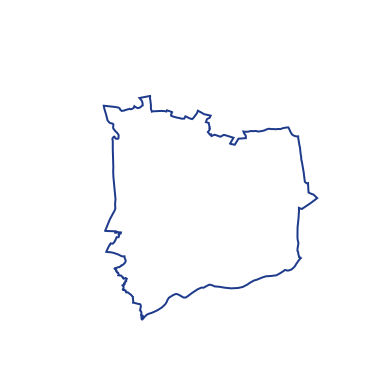 Scheia, Suceava, Romania, rotated 142°
{"feature_id": "2599482B75590370819130", "entity_name": "Scheia", "entity_type": "district", "adm_level": 2, "iso_a3": "ROU", "parent_name": "Romania", "parent_adm1": "Suceava", "projection": "robinson", "projection_center": [26.193, 47.643], "detail": "fine", "context": "isolated", "style": "outline", "palette": "blue", "viewbox_px": 384, "rotation_deg": 142, "n_neighbors": 0, "source": "geoboundaries", "source_scale": "gbopen_adm2", "svg_char_len": 5974}
<svg xmlns="http://www.w3.org/2000/svg" viewBox="0 0 384 384"><g transform="rotate(142 192 192)"><path d="M262.5,226.3L263.4,225.6L264.7,224.9L268.2,223.4L273.6,221.0L276.8,219.2L284.3,214.9L284.1,214.6L283.5,214.0L276.4,208.1L277.6,207.2L277.2,206.7L277.0,206.8L276.8,206.8L276.0,207.2L275.7,206.8L276.0,206.6L275.8,206.5L274.8,205.4L274.6,205.5L273.9,204.8L272.9,203.9L273.7,203.2L274.3,203.7L274.2,203.8L274.8,204.5L275.0,204.5L275.2,204.4L275.8,203.9L275.3,203.4L276.1,202.7L277.7,201.6L279.2,202.8L283.0,200.7L283.4,200.8L284.2,200.3L285.6,200.1L286.2,200.1L286.5,200.2L287.8,201.6L289.3,200.8L289.5,201.0L291.2,200.3L295.0,198.4L296.4,197.6L295.6,196.7L293.9,195.3L292.5,193.8L291.5,192.6L288.7,188.4L287.4,185.6L286.6,184.3L285.9,183.6L284.8,182.9L285.9,180.9L286.1,179.8L286.4,179.1L286.7,178.4L287.5,177.9L288.6,177.5L290.5,177.2L291.7,177.3L292.6,177.3L292.7,177.6L293.8,177.5L295.4,177.5L296.1,178.0L296.9,178.3L297.4,178.5L298.0,178.5L298.4,178.8L299.0,178.7L299.4,179.3L299.7,179.4L300.2,179.3L300.2,179.1L300.1,178.3L300.0,177.8L299.8,177.5L299.8,177.2L300.1,176.8L300.2,176.7L299.9,176.5L300.0,176.2L300.6,175.1L300.1,174.5L300.0,174.0L300.3,173.9L300.4,173.4L300.3,172.9L300.5,171.9L300.7,171.7L300.9,171.7L301.1,171.8L301.3,171.7L301.2,171.6L300.8,171.3L300.3,170.6L299.7,170.2L299.2,169.6L299.3,169.1L299.2,167.9L298.9,167.2L299.1,166.7L299.4,166.5L299.3,165.8L299.2,165.7L297.3,165.1L296.9,164.4L296.9,164.2L297.1,163.9L297.0,163.7L297.4,163.6L298.0,163.2L298.7,162.3L298.9,162.4L298.9,162.7L299.4,162.8L299.6,162.7L299.6,162.4L299.9,162.3L300.7,161.5L301.2,161.4L301.5,161.4L301.7,161.6L301.8,161.8L302.2,161.6L302.5,161.3L302.6,161.1L302.2,160.9L302.2,160.7L302.5,160.6L303.0,160.7L304.0,161.2L304.3,161.3L304.4,161.2L304.3,160.7L303.8,160.2L304.3,159.6L304.7,158.8L305.1,158.4L305.9,158.2L306.7,157.6L306.7,157.4L306.3,156.9L305.6,156.5L305.5,155.8L305.0,155.4L305.1,155.1L305.3,154.9L305.4,154.7L305.3,154.0L305.6,153.8L305.7,153.6L305.7,153.4L305.1,152.9L304.4,152.5L304.2,151.6L303.5,149.1L303.2,147.3L303.3,146.4L303.1,145.7L304.0,144.7L305.5,142.1L306.6,141.1L306.1,140.7L305.2,139.4L304.1,138.1L303.7,137.4L302.0,135.6L302.1,134.4L302.3,134.0L303.2,132.8L304.3,132.1L305.0,131.3L305.6,130.9L305.4,130.5L305.4,130.4L305.9,129.8L305.8,128.9L306.0,128.4L306.3,127.8L307.9,126.4L308.1,126.1L308.1,125.9L307.9,125.6L307.2,125.3L307.0,125.1L307.1,124.6L307.9,124.3L308.6,124.7L308.8,124.6L309.4,123.9L309.5,123.6L309.3,123.4L309.4,123.1L309.9,122.8L309.9,122.5L309.8,122.2L309.6,122.1L305.8,122.9L303.1,123.1L301.1,122.7L298.3,121.6L294.1,120.5L291.2,120.0L287.1,119.6L285.0,119.7L282.2,120.0L279.9,120.8L277.6,122.1L275.3,122.9L270.7,122.4L268.0,121.8L267.0,121.2L266.0,119.7L265.4,118.5L263.7,114.2L262.0,112.7L259.4,112.5L254.3,112.4L247.6,111.9L243.5,110.9L241.7,109.4L238.1,108.9L235.2,108.2L233.5,106.1L232.3,103.7L228.7,100.4L225.3,96.6L220.5,92.0L214.8,88.0L210.4,85.9L205.4,85.0L202.0,84.8L197.7,84.1L194.7,82.9L189.9,81.6L185.7,80.1L181.6,77.3L176.8,74.4L172.4,73.7L169.2,73.4L166.7,73.3L165.4,71.6L164.8,71.0L163.7,70.5L161.3,69.7L157.8,69.9L155.9,70.4L154.5,71.0L150.1,72.4L147.6,72.9L146.9,72.9L146.9,73.6L147.5,74.1L147.7,74.8L147.6,75.1L147.1,75.8L146.6,77.2L145.3,79.5L145.1,80.8L143.4,82.7L140.6,85.3L140.1,85.6L139.8,86.0L139.4,86.7L137.8,89.9L136.3,92.0L130.7,99.0L123.8,106.2L122.0,108.2L119.7,110.8L117.5,113.7L117.2,113.2L116.6,111.8L116.1,111.5L115.5,110.8L114.7,110.9L105.1,110.2L97.1,110.1L97.7,114.3L97.9,115.4L98.2,115.7L99.0,116.9L100.3,119.5L100.2,119.7L100.4,120.0L95.1,127.6L96.1,128.0L96.6,129.4L96.8,130.5L93.1,136.8L92.5,137.6L88.2,145.6L86.7,148.4L86.1,149.9L84.6,152.2L84.1,152.7L83.7,153.7L83.0,155.0L80.8,158.6L79.7,160.3L79.1,161.4L78.7,162.5L77.3,165.0L75.0,169.2L74.1,170.5L75.6,171.6L77.0,173.6L77.8,175.8L77.3,179.1L76.6,181.9L76.3,183.6L78.1,184.8L80.2,185.9L81.5,186.5L83.5,187.1L85.5,188.8L87.7,190.1L88.3,190.8L90.9,192.9L91.7,193.8L92.7,194.6L94.3,195.3L97.2,196.0L100.5,197.6L102.1,198.6L103.0,199.3L104.0,200.7L104.6,201.2L105.1,201.5L106.0,202.0L107.3,203.2L108.3,203.9L111.2,205.3L113.4,207.1L114.2,208.0L114.8,206.5L114.9,203.5L115.0,203.2L116.4,201.3L122.6,205.4L129.2,202.9L132.1,206.3L132.2,206.7L125.9,209.2L131.2,216.8L131.7,217.3L132.0,217.5L135.5,218.0L138.9,223.2L139.0,223.3L142.2,224.1L141.5,225.8L142.5,226.0L142.6,228.1L142.6,229.5L141.2,229.8L139.6,230.3L139.1,231.5L138.7,231.3L138.3,232.1L137.8,232.7L137.7,233.6L136.3,236.1L138.0,238.5L137.5,238.7L136.3,239.7L134.9,240.2L132.5,239.6L130.3,240.7L134.4,245.7L135.0,246.9L135.4,248.1L137.3,252.4L139.5,251.1L140.9,250.6L141.8,250.4L142.6,250.3L143.6,249.9L144.4,249.7L145.9,249.4L147.1,249.4L148.1,250.9L148.8,252.0L149.9,254.4L150.6,255.7L152.9,254.6L155.1,256.2L156.2,257.8L157.8,259.6L159.9,262.3L161.4,264.7L161.4,265.0L160.9,265.8L158.5,267.2L158.5,267.3L161.5,271.8L162.6,271.2L163.9,272.7L166.3,274.8L173.5,279.9L174.1,280.0L173.5,282.0L173.1,282.8L172.6,283.6L171.6,284.8L170.3,286.6L169.8,287.6L168.4,289.8L167.4,291.7L166.6,292.7L166.1,293.1L165.9,293.5L175.5,298.4L175.4,294.8L175.6,293.9L176.7,291.7L177.4,290.8L177.6,291.0L178.2,290.7L180.6,290.6L181.6,290.8L183.0,291.5L183.5,292.1L184.4,294.3L184.6,295.1L186.2,294.2L187.2,294.3L188.7,294.6L189.6,295.2L189.9,295.9L190.8,296.2L191.6,296.7L193.0,297.1L193.8,297.6L195.0,297.8L197.5,299.2L197.8,300.7L197.8,301.4L197.5,302.5L197.8,303.4L198.0,303.8L199.2,305.2L201.9,308.0L203.8,309.8L208.4,314.3L209.4,312.5L210.0,311.1L211.7,306.7L214.3,300.7L214.5,300.2L214.3,297.4L214.1,296.9L213.7,296.3L212.3,294.5L212.3,294.2L212.5,293.5L212.9,293.0L214.3,291.6L214.8,290.9L214.9,290.3L215.0,287.7L214.6,284.6L214.6,283.1L214.8,282.2L215.0,281.7L216.8,279.7L217.3,279.5L217.7,279.6L219.2,280.9L219.3,281.2L219.3,281.8L219.0,283.2L219.1,283.5L219.3,283.6L219.8,283.7L221.3,283.3L221.6,283.2L222.0,282.9L223.0,281.0L228.0,274.6L238.5,260.3L241.4,256.8L244.7,252.2L256.6,233.6L257.1,233.0L258.8,231.2L260.0,229.9L262.5,226.3Z" fill="none" stroke="#1e3a8a" stroke-width="2"/></g></svg>